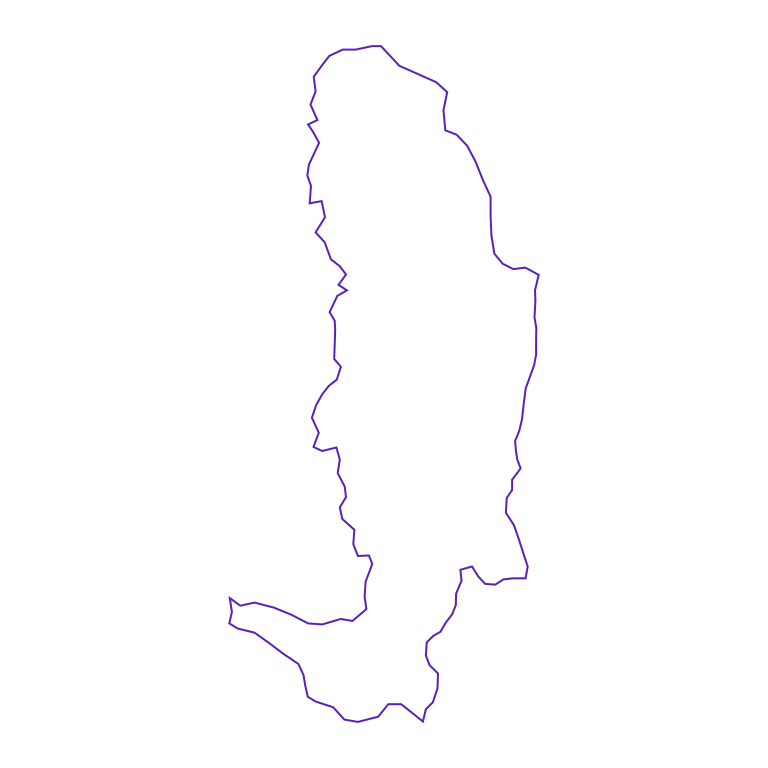 outline of Araçu, Goiás, Brazil
{"feature_id": "56859067B94048461684996", "entity_name": "Araçu", "entity_type": "district", "adm_level": 2, "iso_a3": "BRA", "parent_name": "Brazil", "parent_adm1": "Goiás", "projection": "natural_earth1", "projection_center": [-49.706, -16.366], "detail": "fine", "context": "isolated", "style": "outline", "palette": "violet", "viewbox_px": 768, "rotation_deg": 0, "n_neighbors": 0, "source": "geoboundaries", "source_scale": "gbopen_adm2", "svg_char_len": 1856}
<svg xmlns="http://www.w3.org/2000/svg" viewBox="0 0 768 768"><path d="M538.7,274.9L525.3,267.6L513.4,269.1L502.6,263.7L494.4,253.7L491.4,235.5L490.6,216.0L490.6,196.7L483.0,180.3L475.5,161.5L467.1,145.7L456.6,134.7L445.3,130.3L443.5,110.0L447.2,92.2L436.2,82.2L399.3,65.8L381.0,46.1L372.2,46.1L355.7,49.6L342.7,49.6L329.3,55.9L322.4,64.8L313.7,76.8L315.6,91.3L310.5,104.6L317.4,120.0L308.1,124.5L312.8,131.4L319.1,142.8L308.9,164.6L307.3,175.5L311.0,185.9L309.7,203.3L321.6,201.1L325.0,217.2L315.6,232.4L324.7,242.3L330.9,259.3L339.8,266.2L346.0,274.5L338.5,284.9L346.9,290.3L337.3,295.9L329.6,312.2L334.7,320.7L335.2,330.1L334.2,358.9L340.9,366.8L336.8,379.6L328.8,385.9L322.4,394.0L316.1,405.2L311.9,417.8L318.8,432.7L313.5,446.9L322.1,451.0L336.4,447.5L339.8,459.5L337.7,473.2L344.7,486.5L346.0,497.1L339.8,507.4L342.3,519.0L354.4,529.8L353.3,544.1L357.9,556.0L368.9,555.5L372.3,564.0L365.6,581.7L364.6,596.6L366.4,609.1L352.5,620.9L340.6,619.0L322.4,624.4L308.1,623.4L291.7,614.9L273.9,607.6L254.6,602.6L240.3,605.7L229.8,598.1L231.9,612.0L229.3,623.4L237.6,628.5L254.6,632.7L268.2,642.4L283.3,653.8L298.4,664.0L303.5,675.0L305.3,685.8L307.8,696.8L315.8,701.6L333.1,707.2L344.4,719.6L357.9,721.9L378.2,716.7L388.3,704.2L401.2,704.2L422.9,721.5L425.9,709.2L432.9,702.2L437.5,688.3L438.0,673.5L429.5,665.1L425.9,655.5L426.7,642.4L433.4,635.8L440.5,631.7L445.6,622.9L452.3,614.0L455.8,605.1L456.1,593.7L461.5,580.8L460.4,569.8L472.0,566.5L478.1,576.3L485.2,583.9L495.3,584.6L503.4,579.4L513.1,578.3L525.6,578.3L527.7,566.5L524.4,556.6L518.0,536.7L513.9,525.1L505.9,512.8L506.7,498.1L512.1,490.0L512.1,479.8L520.6,468.4L517.2,459.3L515.9,450.4L515.1,441.1L519.3,430.7L522.0,419.3L523.6,404.8L525.7,388.4L534.1,365.3L536.1,354.8L536.1,340.0L536.3,328.0L534.5,317.2L535.4,301.3L535.0,290.3L538.7,274.9Z" fill="none" stroke="#5b21b6" stroke-width="2"/></svg>